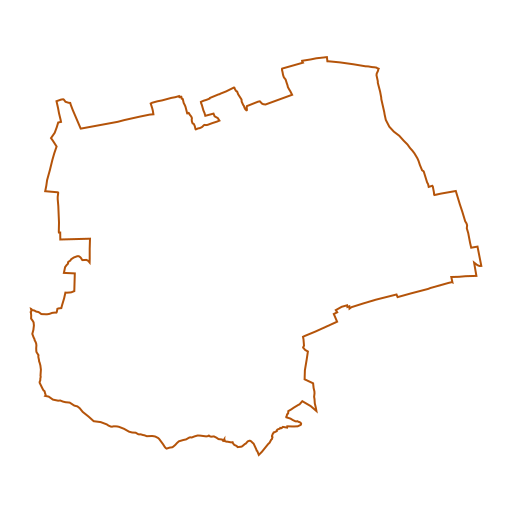 outline of Negresti, Vaslui, Romania
{"feature_id": "2599482B79763649175164", "entity_name": "Negresti", "entity_type": "district", "adm_level": 2, "iso_a3": "ROU", "parent_name": "Romania", "parent_adm1": "Vaslui", "projection": "mercator", "projection_center": [27.465, 46.836], "detail": "fine", "context": "isolated", "style": "outline", "palette": "amber", "viewbox_px": 512, "rotation_deg": 0, "n_neighbors": 0, "source": "geoboundaries", "source_scale": "gbopen_adm2", "svg_char_len": 5908}
<svg xmlns="http://www.w3.org/2000/svg" viewBox="0 0 512 512"><path d="M258.8,454.9L261.9,451.8L268.2,444.0L269.6,442.7L271.2,439.7L271.9,439.1L272.5,437.1L272.0,436.6L272.0,435.9L272.9,433.6L273.6,432.8L273.7,432.4L274.8,432.1L276.8,431.1L276.8,430.3L277.5,429.5L279.4,428.8L280.0,428.3L280.5,428.3L280.5,427.9L281.7,428.0L282.9,426.9L287.1,427.6L287.3,426.3L293.3,426.5L297.7,426.3L300.7,424.9L301.0,424.4L301.1,423.5L300.4,422.6L299.5,422.1L298.4,421.8L297.4,421.2L296.3,421.4L295.4,421.3L292.5,419.9L291.5,419.2L290.2,418.5L286.3,417.3L286.2,417.0L286.7,416.0L287.1,414.3L288.1,413.5L288.3,411.1L291.4,409.3L293.7,407.7L298.5,404.8L299.5,404.4L302.3,401.2L310.7,406.1L316.4,411.0L315.8,407.6L314.8,403.4L314.5,399.1L314.1,396.8L314.5,393.4L314.4,391.4L313.6,388.0L313.1,383.3L304.6,379.3L304.9,370.2L306.6,360.0L307.9,351.5L305.2,350.0L303.2,347.7L303.1,347.4L304.0,345.7L303.5,339.4L303.0,336.8L304.4,336.1L315.3,331.6L337.1,321.7L333.8,314.0L337.2,312.3L335.8,310.1L341.7,306.8L347.1,305.3L347.4,307.0L349.3,306.3L349.5,308.6L351.4,307.2L363.4,303.4L375.8,299.7L396.5,294.5L397.6,297.1L411.3,293.3L428.2,288.9L430.4,288.0L448.6,282.9L452.0,282.1L452.4,282.3L451.3,277.0L459.0,276.8L465.6,276.2L476.4,275.9L474.1,262.6L476.9,264.8L478.4,265.6L479.8,266.0L481.3,265.9L477.5,246.6L471.2,247.7L470.1,243.0L468.2,233.0L466.8,228.3L467.1,225.3L466.5,223.4L465.2,221.3L462.3,211.7L459.8,204.2L455.8,191.0L441.0,193.6L434.4,195.0L434.1,194.4L433.9,192.2L432.8,186.5L432.3,185.8L428.7,186.9L428.1,184.2L427.1,182.4L423.8,171.7L423.5,171.2L422.1,170.3L419.9,165.0L418.5,160.8L417.4,158.3L414.4,153.3L412.5,150.8L410.0,148.0L407.5,144.5L403.6,140.6L399.3,135.8L393.8,131.6L389.3,126.7L385.8,119.9L384.6,114.4L384.2,111.9L381.3,99.1L381.2,97.4L380.1,91.6L377.8,82.8L377.8,81.2L376.5,75.2L376.7,73.6L378.0,70.8L378.4,69.1L378.6,68.7L377.3,68.2L376.4,67.6L374.6,67.3L372.1,67.1L368.2,66.4L365.5,66.3L353.6,64.3L340.0,62.4L329.8,61.4L327.4,61.3L326.9,57.1L316.2,58.3L310.9,59.4L302.1,60.8L302.2,61.6L302.9,62.7L282.1,68.6L282.0,68.8L282.0,69.9L282.6,72.4L283.0,74.7L283.7,76.9L284.0,77.5L285.6,79.5L286.8,83.3L287.5,85.3L287.9,87.1L289.1,89.3L290.4,91.4L292.1,94.8L265.5,104.5L263.3,104.2L262.1,103.7L259.8,101.3L258.0,101.7L246.9,106.1L246.8,106.4L246.7,107.7L246.9,109.6L246.8,110.2L246.4,110.3L245.2,109.1L244.9,108.2L244.5,107.8L243.9,105.9L243.2,105.0L241.7,101.7L241.5,99.5L238.1,94.2L237.8,93.2L237.4,92.5L237.2,91.6L235.9,90.8L234.6,88.5L234.4,87.7L234.0,87.5L225.9,91.5L220.3,93.7L219.6,94.2L218.5,94.4L209.8,98.0L209.7,98.4L209.6,98.6L206.3,99.9L203.6,100.7L200.9,101.9L201.1,103.1L201.9,105.1L203.4,110.4L204.5,113.0L205.3,115.8L213.5,113.6L214.6,116.3L217.8,118.1L219.4,120.6L217.0,121.6L212.3,123.1L207.5,124.9L206.0,125.1L204.5,124.9L203.9,125.2L202.2,126.9L201.1,127.5L199.8,128.1L198.1,128.4L195.8,129.4L195.5,129.1L194.8,126.2L194.0,124.3L193.7,123.9L192.6,123.4L191.9,121.5L191.7,119.6L191.9,118.5L191.7,117.4L190.7,115.8L189.9,114.9L188.8,113.0L188.6,112.9L187.8,113.4L187.2,113.4L185.5,106.8L184.9,105.3L183.7,103.0L182.8,99.1L182.5,98.8L181.9,98.8L181.6,98.6L181.4,97.0L181.3,96.7L180.9,96.6L179.4,97.2L179.2,97.0L179.0,96.1L175.2,97.2L171.3,97.9L162.1,100.4L157.4,101.3L152.0,102.8L150.7,103.5L152.2,108.2L152.8,110.6L153.4,114.3L149.7,114.6L139.9,116.6L124.2,120.1L117.8,121.8L80.9,128.6L80.7,128.6L72.7,109.9L70.8,104.9L70.2,102.9L68.7,102.8L65.5,101.8L63.9,99.7L63.4,99.3L62.8,99.3L61.0,99.6L56.5,101.2L58.1,108.3L59.0,113.2L60.6,119.8L61.0,121.9L58.2,122.5L56.7,127.4L54.7,132.8L51.0,138.1L52.8,140.6L56.6,146.5L54.3,153.2L52.4,159.8L49.9,170.0L47.1,180.1L46.3,185.7L45.2,191.2L57.8,192.3L58.1,192.5L58.2,192.9L57.7,196.9L57.7,199.1L58.3,206.1L59.0,222.6L58.8,231.9L58.9,232.5L60.2,232.5L60.3,239.5L90.0,238.7L89.7,248.7L89.7,258.6L89.6,262.5L88.2,260.8L86.4,259.9L82.4,260.1L81.9,259.6L81.4,258.6L80.4,257.3L78.8,256.2L77.3,256.2L73.8,257.5L71.1,259.3L70.3,260.6L68.3,261.9L68.0,262.6L68.1,263.2L67.9,263.7L67.5,264.3L66.8,264.8L65.1,267.1L63.9,272.9L74.8,273.4L74.3,291.1L71.6,292.2L70.8,292.4L66.9,292.7L65.4,292.6L64.1,298.4L62.0,305.4L61.3,308.1L58.6,308.4L57.4,308.8L56.8,311.9L56.4,312.6L54.5,312.6L52.1,312.9L49.4,313.9L46.9,314.3L41.7,314.1L40.9,313.8L39.4,312.6L38.3,312.0L36.2,311.6L34.3,310.5L31.8,310.0L31.5,309.6L31.4,309.1L31.0,308.9L31.3,310.3L31.3,310.9L31.1,311.7L30.7,312.1L30.9,312.4L31.2,315.5L31.1,318.6L32.7,320.8L33.6,322.4L33.9,325.5L33.4,329.8L32.3,333.9L33.6,337.4L34.5,339.2L34.6,340.1L35.7,342.2L36.2,343.7L36.4,345.5L36.2,348.1L36.3,351.1L36.6,352.3L38.5,355.2L38.3,355.9L38.4,357.3L39.0,360.1L39.1,361.3L39.7,362.9L40.4,365.6L40.7,368.1L40.9,369.6L40.5,375.6L40.7,376.9L40.3,378.7L40.3,380.2L39.6,382.1L39.7,382.9L42.6,388.8L43.5,390.4L44.4,391.0L44.7,391.7L45.0,393.1L45.6,394.7L45.6,395.3L45.2,395.9L48.7,396.6L52.9,399.6L58.2,400.7L60.2,400.5L63.0,401.6L65.5,402.2L69.7,402.6L74.3,405.6L77.4,406.4L79.7,408.2L82.7,411.9L88.6,416.6L93.7,421.2L100.7,422.1L106.8,424.4L108.5,425.6L110.9,426.6L112.0,426.7L113.7,426.3L116.9,426.4L118.9,426.8L124.0,428.8L129.1,431.7L132.1,432.5L135.7,432.7L138.0,434.1L139.0,434.4L140.6,434.3L142.9,435.0L144.5,435.3L146.8,436.2L152.2,436.0L154.7,436.4L155.4,436.6L158.1,438.0L159.1,438.9L163.1,444.3L164.8,447.0L165.8,448.1L166.6,448.6L169.7,447.6L172.2,447.3L173.2,446.7L175.3,444.9L176.9,443.1L178.9,441.3L183.3,440.0L186.1,439.4L189.0,437.7L190.2,437.3L191.7,437.5L194.5,436.4L197.6,435.5L200.1,435.6L206.2,436.4L208.1,436.1L208.6,435.6L209.0,435.6L210.0,436.4L211.2,436.7L213.9,436.4L216.5,437.7L218.5,439.1L222.0,439.5L223.0,440.7L223.8,439.9L224.2,439.3L224.1,440.7L224.7,440.5L224.8,441.1L226.6,441.7L227.6,441.7L231.2,442.4L232.6,442.2L232.9,443.1L233.6,444.1L234.3,444.9L236.7,446.0L237.6,447.1L241.3,446.7L242.2,446.3L244.9,444.0L245.8,443.6L247.7,441.4L249.6,440.7L250.2,440.8L251.1,441.3L252.6,442.8L253.6,443.6L256.3,449.4L256.7,450.7L257.3,451.1L258.8,454.9Z" fill="none" stroke="#b45309" stroke-width="2"/></svg>